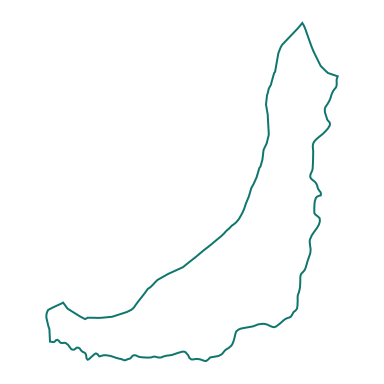 outline of El Quetzal, San Marcos, Guatemala
{"feature_id": "79465075B99595855877041", "entity_name": "El Quetzal", "entity_type": "district", "adm_level": 2, "iso_a3": "GTM", "parent_name": "Guatemala", "parent_adm1": "San Marcos", "projection": "natural_earth1", "projection_center": [-91.827, 14.794], "detail": "fine", "context": "isolated", "style": "outline", "palette": "teal", "viewbox_px": 384, "rotation_deg": 0, "n_neighbors": 0, "source": "geoboundaries", "source_scale": "gbopen_adm2", "svg_char_len": 4320}
<svg xmlns="http://www.w3.org/2000/svg" viewBox="0 0 384 384"><path d="M218.5,356.0L219.8,355.3L221.4,354.5L222.6,353.4L223.8,351.8L225.4,350.0L226.5,349.2L228.2,348.3L229.8,347.0L231.0,346.0L231.9,344.9L232.7,343.3L233.6,341.0L234.7,337.0L235.2,334.7L235.8,332.6L236.3,331.4L238.5,329.6L240.8,328.6L243.9,328.0L252.9,326.4L255.4,325.5L258.0,324.4L259.6,324.2L261.6,323.9L263.4,323.8L265.0,324.0L266.7,324.4L268.3,325.1L269.8,325.8L270.9,326.3L272.2,326.8L273.3,327.1L274.5,327.1L275.5,326.8L276.9,325.9L279.8,323.7L283.6,320.3L285.4,319.0L287.1,318.2L289.8,317.3L290.7,316.8L291.6,315.6L292.7,313.7L293.3,312.5L294.2,311.5L295.4,310.7L296.5,309.4L297.1,308.2L297.5,305.4L297.5,304.1L297.7,300.4L297.6,298.4L297.7,296.1L298.0,294.6L298.9,292.4L299.5,289.8L299.9,288.0L300.2,283.9L300.3,279.8L300.3,278.0L300.4,276.2L300.7,275.1L301.3,273.7L303.1,271.9L304.6,270.1L305.7,267.6L306.8,263.7L307.7,260.7L308.8,257.5L310.0,254.1L310.3,252.8L310.5,251.0L310.6,248.9L310.1,245.8L309.7,241.7L309.8,240.2L310.3,238.7L311.8,235.3L314.2,231.8L317.1,227.8L318.9,224.6L319.5,222.6L319.9,221.0L319.8,219.7L319.6,218.1L317.8,216.4L316.2,215.2L315.3,214.5L314.4,213.2L314.3,211.7L314.3,207.8L314.5,203.9L314.7,202.0L315.0,200.6L315.5,199.1L316.0,197.8L317.0,196.8L318.0,196.2L319.6,195.6L320.7,195.4L321.0,193.8L320.5,192.1L319.6,191.1L318.6,189.6L318.0,188.6L317.5,187.1L317.3,186.0L316.6,184.2L316.0,183.2L315.3,182.3L314.4,181.4L313.1,180.4L312.1,179.6L311.3,178.8L310.6,177.9L310.2,176.7L310.4,174.7L311.1,173.0L312.0,171.1L312.6,169.1L312.9,164.0L313.1,158.1L313.2,151.1L313.0,149.0L312.8,147.0L312.8,145.7L313.0,144.4L313.5,142.9L314.5,141.2L316.5,139.1L319.4,136.6L322.6,134.1L326.1,130.6L328.0,128.4L329.0,126.7L329.8,125.4L330.0,123.8L329.5,122.2L328.8,121.5L327.8,120.4L327.2,119.5L326.6,117.5L325.6,114.5L325.1,112.7L324.8,111.0L324.8,109.8L324.9,108.6L325.3,107.3L326.2,105.9L327.6,103.9L329.5,100.5L330.6,97.7L331.4,95.0L332.1,93.2L333.0,91.3L334.2,89.5L335.9,87.5L336.6,85.7L336.7,83.1L336.6,80.1L336.8,78.8L337.7,76.3L327.9,73.0L323.5,68.8L320.7,66.0L319.3,63.2L313.5,51.4L311.7,47.0L309.6,41.2L307.2,34.4L305.6,29.8L304.1,26.1L302.3,23.0L297.9,28.3L282.1,44.8L280.7,47.3L278.4,53.1L276.3,64.8L275.1,71.8L274.1,73.1L271.5,82.4L271.1,84.1L270.7,85.2L268.8,88.5L267.9,92.6L267.0,95.4L266.0,104.6L267.7,114.5L268.8,134.7L266.7,143.3L263.6,149.8L262.4,159.7L260.5,166.5L259.3,168.1L256.6,177.3L253.6,184.0L251.4,187.8L248.8,196.6L245.8,203.8L244.2,208.8L242.4,212.8L240.6,216.1L238.8,219.2L236.2,222.3L233.3,224.7L231.9,225.6L229.5,228.1L226.0,231.2L224.3,233.2L221.5,235.9L216.4,240.1L211.2,244.5L203.5,250.5L195.6,257.1L189.1,262.2L182.9,267.2L168.0,274.0L157.4,280.0L154.7,282.7L153.6,284.0L150.3,287.3L147.9,288.8L144.7,293.2L136.6,303.6L135.0,305.9L134.1,307.3L132.9,308.5L131.2,309.9L129.7,310.6L128.1,311.4L126.9,312.0L112.0,316.8L100.0,317.9L87.8,317.7L85.1,319.1L80.3,316.6L67.6,308.7L63.1,302.6L61.3,303.6L53.9,307.0L49.9,309.0L48.2,309.9L47.3,311.6L46.5,314.0L46.3,317.3L48.3,325.9L49.4,329.2L50.0,341.6L51.4,341.8L52.7,342.0L53.8,342.1L55.2,341.2L56.1,340.1L57.4,339.8L59.2,341.1L59.8,342.2L60.9,342.9L62.2,343.0L63.4,342.9L64.8,342.8L65.7,343.0L68.1,344.9L71.0,348.8L72.1,349.6L73.2,349.7L74.2,349.6L76.1,348.2L76.9,347.6L78.7,347.8L79.9,348.7L80.5,349.6L81.2,350.6L82.7,351.9L84.1,352.4L85.3,353.3L85.8,354.2L86.2,355.8L86.4,357.4L86.6,358.5L87.7,359.7L88.7,359.3L90.0,358.2L91.6,356.7L93.8,354.8L94.6,354.1L95.9,353.4L97.6,354.2L98.5,355.5L99.3,356.4L102.0,355.7L103.2,355.3L105.5,355.2L109.2,355.7L112.0,356.4L116.0,357.8L117.5,358.2L119.3,358.7L121.1,359.0L123.8,360.1L124.7,360.3L126.2,359.9L127.6,359.2L129.0,358.8L130.0,358.6L130.8,357.9L131.8,356.8L132.5,355.9L133.4,355.4L134.7,355.2L135.8,355.4L137.3,356.1L138.4,356.6L139.7,357.0L142.2,357.3L147.4,357.6L150.4,357.5L151.9,357.2L153.2,356.7L155.3,356.7L157.4,357.3L158.9,357.5L160.3,357.5L161.4,357.4L163.4,356.5L166.4,355.7L169.8,355.3L172.1,354.9L174.5,354.1L176.5,353.4L179.3,352.5L180.3,352.3L181.6,351.8L183.3,351.6L184.5,351.8L185.4,352.1L186.4,353.2L187.9,354.9L188.8,356.5L189.4,358.0L191.3,359.4L192.7,359.5L194.7,359.2L195.7,359.0L196.8,358.9L198.6,359.1L200.2,359.4L201.7,359.9L203.6,360.6L205.2,361.0L206.2,361.0L208.2,359.5L209.4,358.2L210.3,357.4L213.4,356.9L216.1,356.4L218.5,356.0Z" fill="none" stroke="#0f766e" stroke-width="2"/></svg>